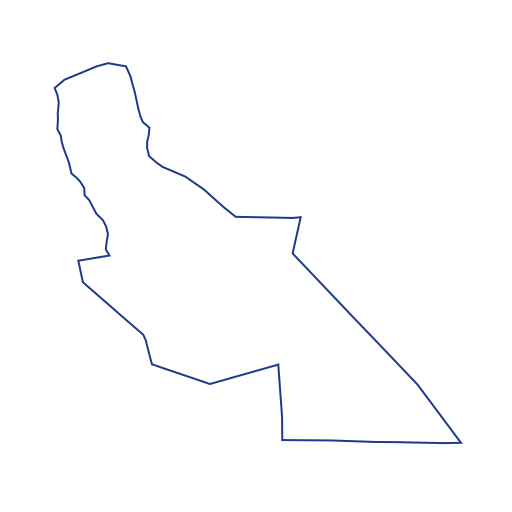 Sussuapara, Piauí, Brazil (Robinson projection), rotated 354°
{"feature_id": "56859067B50131316472878", "entity_name": "Sussuapara", "entity_type": "district", "adm_level": 2, "iso_a3": "BRA", "parent_name": "Brazil", "parent_adm1": "Piauí", "projection": "robinson", "projection_center": [-41.387, -7.006], "detail": "fine", "context": "isolated", "style": "outline", "palette": "blue", "viewbox_px": 512, "rotation_deg": 354, "n_neighbors": 0, "source": "geoboundaries", "source_scale": "gbopen_adm2", "svg_char_len": 1032}
<svg xmlns="http://www.w3.org/2000/svg" viewBox="0 0 512 512"><g transform="rotate(354 256 256)"><path d="M129.1,48.8L117.5,50.7L83.9,60.7L73.3,67.9L75.3,75.0L75.9,82.8L73.7,93.8L73.3,99.5L71.7,109.2L74.4,115.7L74.7,122.0L75.8,128.3L79.7,143.5L81.1,154.7L85.5,159.2L88.8,163.5L92.3,170.5L91.8,177.6L95.9,182.9L98.7,189.8L101.7,197.3L107.6,204.5L110.0,211.0L111.1,218.6L108.9,226.5L107.3,233.7L110.3,240.2L78.8,242.1L81.1,264.0L122.4,308.4L128.2,314.6L135.6,322.4L137.5,328.1L140.0,345.3L141.2,352.8L157.9,360.6L168.7,365.5L196.8,378.5L222.4,374.0L231.3,372.5L266.8,366.3L265.1,419.0L262.9,441.8L310.8,447.2L355.8,453.5L375.3,455.7L423.0,461.7L440.3,463.2L403.1,400.6L371.5,359.6L344.2,324.4L292.7,257.3L304.5,222.1L296.5,222.0L239.9,214.9L229.5,204.6L217.2,191.2L211.6,184.8L193.8,169.5L186.9,165.7L172.5,157.7L167.4,153.3L160.1,145.5L159.0,137.1L159.7,131.0L162.0,124.4L163.4,117.2L157.4,111.0L155.5,104.4L154.4,97.3L152.5,80.0L151.1,72.0L150.0,64.4L146.5,53.8L129.1,48.8Z" fill="none" stroke="#1e3a8a" stroke-width="2"/></g></svg>